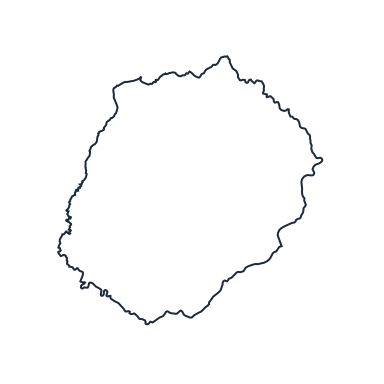 the district of Taminango, Nariño, Colombia, rotated 199°
{"feature_id": "7082276B60716782034360", "entity_name": "Taminango", "entity_type": "district", "adm_level": 2, "iso_a3": "COL", "parent_name": "Colombia", "parent_adm1": "Nariño", "projection": "albers", "projection_center": [-77.317, 1.591], "detail": "fine", "context": "isolated", "style": "outline", "palette": "slate", "viewbox_px": 384, "rotation_deg": 199, "n_neighbors": 0, "source": "geoboundaries", "source_scale": "gbopen_adm2", "svg_char_len": 5952}
<svg xmlns="http://www.w3.org/2000/svg" viewBox="0 0 384 384"><g transform="rotate(199 192 192)"><path d="M190.4,52.9L189.8,53.9L189.2,55.8L186.6,55.9L182.0,62.5L178.9,65.3L178.0,68.1L177.6,70.1L176.7,71.1L175.4,71.2L174.0,70.6L172.4,70.6L167.5,71.6L166.5,72.2L164.5,75.9L164.0,76.2L162.5,75.9L159.5,73.2L158.9,73.0L152.9,72.6L151.2,73.4L149.9,76.1L147.0,79.4L144.2,82.2L141.7,87.5L140.1,89.7L139.8,90.7L139.3,91.5L139.8,92.5L139.9,93.2L138.1,98.8L138.0,99.8L134.1,105.8L133.0,108.3L132.9,114.2L133.5,116.1L133.1,118.2L132.2,119.0L130.3,118.9L129.7,119.2L129.2,120.3L129.0,121.8L126.7,123.9L123.5,130.5L122.4,131.5L120.3,131.9L118.1,133.4L117.3,134.5L116.7,137.7L114.6,140.2L109.9,143.8L108.2,144.7L106.1,145.3L100.7,148.7L98.3,151.2L97.0,153.5L96.4,155.4L95.7,160.2L94.5,162.2L92.9,163.4L91.8,168.0L91.0,169.0L89.6,169.9L96.9,179.0L97.4,181.4L96.9,184.9L95.6,187.1L93.8,189.2L87.7,195.1L85.1,196.6L84.4,198.3L84.6,199.2L84.1,200.0L82.9,201.2L81.6,202.0L81.0,203.0L81.1,205.4L80.4,208.6L80.6,210.8L81.1,212.2L81.2,213.2L80.2,215.8L80.3,217.2L83.0,220.2L83.7,222.7L85.4,223.7L86.9,225.4L88.5,229.1L88.7,230.4L91.9,237.3L92.0,240.4L90.9,243.3L89.1,245.1L88.3,245.6L84.0,246.7L82.9,247.5L82.5,248.8L82.6,249.7L83.4,250.8L85.4,252.7L85.3,255.3L84.3,257.9L81.8,259.8L80.2,261.5L79.3,263.1L79.1,264.3L79.7,265.5L81.1,266.1L81.9,266.1L84.5,264.8L85.2,264.7L86.5,265.4L89.2,267.8L91.0,268.7L93.0,271.3L93.7,273.4L94.0,275.0L96.0,277.1L96.5,278.8L98.0,281.4L98.5,283.2L99.2,284.1L101.5,285.0L105.1,288.5L106.1,288.7L109.3,288.2L110.7,288.8L111.3,289.3L113.1,292.3L114.7,294.1L115.7,294.7L117.4,294.9L119.0,294.4L121.7,295.8L123.5,295.4L125.1,297.1L126.8,299.4L127.0,300.9L127.4,301.6L128.5,301.5L129.6,299.8L131.3,298.6L133.9,298.6L135.3,299.0L136.5,300.0L138.0,303.0L139.7,304.9L141.0,304.7L142.6,303.5L143.2,303.5L144.1,304.4L145.2,306.4L148.7,308.1L149.7,307.8L151.9,306.0L152.6,306.6L152.7,308.2L153.0,308.7L155.7,308.3L156.8,308.3L157.1,308.7L157.1,311.6L157.8,313.1L158.4,315.8L160.4,317.9L162.2,319.3L164.6,318.7L165.8,319.0L167.0,318.6L167.5,317.9L168.0,315.8L168.5,315.1L172.3,316.7L172.8,317.4L173.1,317.4L174.0,317.0L174.6,316.0L174.7,313.9L175.5,313.1L177.2,313.3L178.4,315.1L180.2,314.8L182.4,313.3L183.1,313.3L186.0,315.6L186.5,317.6L189.4,320.8L193.8,322.1L198.5,326.9L199.3,329.2L199.7,329.5L200.5,329.6L202.1,331.4L203.0,331.8L203.7,331.1L205.7,330.6L206.3,329.9L208.1,328.9L208.8,327.1L209.2,323.7L209.7,321.7L211.1,319.8L213.4,319.2L214.4,316.6L218.2,312.7L219.1,310.6L219.2,308.8L219.5,308.1L221.1,306.8L221.6,305.4L221.8,303.7L222.5,302.5L223.4,302.3L225.6,302.4L227.9,302.9L231.6,304.7L233.6,305.1L234.4,302.6L236.1,302.4L236.5,300.5L237.4,299.8L238.7,299.4L240.7,297.6L242.5,297.4L245.7,298.6L246.5,299.3L249.1,298.9L251.2,297.5L252.0,297.3L253.2,296.0L254.5,295.2L255.2,295.0L255.8,295.4L256.8,294.2L257.7,293.5L258.4,292.1L259.7,290.4L260.6,287.1L261.0,286.6L262.4,286.5L262.8,286.2L262.8,285.8L262.1,285.1L262.0,284.3L262.6,283.8L264.0,283.6L265.1,281.1L266.7,280.8L268.2,279.3L274.9,279.7L277.1,280.7L277.4,281.5L277.3,283.5L277.4,283.8L277.8,283.9L278.5,282.5L279.7,281.1L283.1,278.3L289.0,275.0L291.1,274.3L293.4,272.1L296.4,268.4L297.6,268.2L297.9,266.9L299.7,264.5L299.8,263.8L299.4,262.1L297.7,259.0L296.8,255.9L291.9,250.4L289.9,247.7L289.5,244.5L289.6,241.5L290.3,240.4L290.3,238.4L290.8,237.4L291.7,236.0L292.7,235.5L293.2,233.5L295.4,230.4L295.0,227.5L296.2,224.1L296.1,223.3L295.6,223.0L295.6,222.2L297.0,220.5L298.2,219.7L299.4,218.3L299.2,217.6L299.8,216.8L298.9,215.2L299.4,213.8L298.4,208.3L299.4,205.6L300.3,204.8L301.9,202.2L302.2,200.6L301.9,199.5L302.3,198.3L302.3,197.4L301.6,197.0L301.0,195.2L300.7,192.6L301.7,189.9L301.9,188.3L302.4,187.2L302.5,185.8L301.8,184.1L301.0,181.0L300.3,180.3L300.1,179.2L299.1,178.0L298.6,175.3L297.4,174.7L297.1,171.0L297.9,168.1L299.3,166.6L299.3,166.3L298.6,165.7L298.9,165.0L298.9,163.6L300.4,162.7L298.9,162.1L298.7,161.5L299.5,160.5L299.3,159.6L300.8,159.3L300.9,158.7L300.3,157.6L300.6,157.1L300.1,156.1L300.7,155.9L301.5,156.6L302.2,156.4L302.3,155.2L301.8,154.7L302.3,153.9L302.4,153.1L301.5,151.1L302.5,150.5L304.1,148.6L304.2,146.4L304.6,145.3L304.3,143.7L304.9,142.7L304.7,142.1L303.3,140.9L303.7,139.6L303.4,138.5L303.4,137.2L303.8,135.6L304.8,133.8L304.7,133.5L304.2,133.4L302.5,133.5L302.6,133.0L302.9,132.9L302.5,132.0L302.8,130.7L301.3,129.2L300.6,128.8L298.4,128.8L298.2,128.6L298.4,127.3L299.5,127.3L299.9,127.0L299.8,125.1L300.1,124.9L301.4,125.0L301.7,124.6L301.7,124.1L301.3,123.8L298.9,123.5L296.1,122.6L295.7,121.9L296.6,120.0L296.4,119.4L295.8,118.8L296.2,116.3L294.4,116.4L294.0,116.1L295.2,114.0L294.9,113.6L293.7,113.2L293.9,112.6L294.7,112.5L296.5,112.9L297.8,113.7L298.2,113.7L299.2,110.5L299.6,110.1L300.8,109.8L300.8,107.5L301.3,105.9L301.4,103.8L301.2,102.5L299.8,100.8L300.2,99.7L300.3,96.0L300.0,95.8L298.7,95.9L297.1,93.9L297.4,93.1L298.9,92.0L298.9,91.5L297.8,90.4L295.3,88.8L294.7,89.0L292.7,90.9L292.1,90.6L290.9,90.8L289.8,89.5L288.6,88.8L288.3,86.7L287.1,85.8L286.9,83.5L286.3,83.1L284.9,82.8L284.5,82.4L283.6,82.0L283.6,81.5L280.5,82.0L278.3,80.3L277.7,80.2L277.1,80.6L275.8,82.6L275.3,82.7L274.1,81.7L272.3,80.8L270.3,80.9L269.2,80.6L268.4,79.3L268.2,76.8L268.5,71.2L268.3,71.0L267.1,70.9L265.8,71.0L264.2,71.7L263.6,71.5L264.2,70.1L266.1,68.0L266.3,67.5L266.1,65.9L265.3,65.0L264.1,65.1L262.7,66.8L260.3,67.2L259.4,67.8L259.3,69.7L259.6,72.1L259.4,72.8L258.6,73.3L256.1,73.3L252.1,71.3L248.3,70.7L246.2,70.1L245.7,69.5L244.8,65.2L244.3,64.6L243.7,64.4L242.8,64.8L242.2,66.1L242.2,67.1L242.9,69.1L242.8,70.2L242.0,71.1L241.0,71.1L240.0,70.6L239.4,69.8L239.3,66.5L238.9,65.9L237.7,65.8L235.8,67.1L235.3,67.2L234.7,65.5L234.1,64.8L230.0,63.6L225.6,63.1L218.7,59.4L216.3,57.6L215.5,57.4L213.3,58.7L212.3,58.7L211.8,58.5L211.7,57.1L210.0,56.7L208.5,57.2L207.4,58.2L206.9,58.4L202.9,56.7L200.7,55.0L200.0,55.0L197.5,55.6L194.8,55.3L193.6,54.2L193.2,52.5L192.7,52.2L191.7,52.2L190.4,52.9Z" fill="none" stroke="#1e293b" stroke-width="2"/></g></svg>